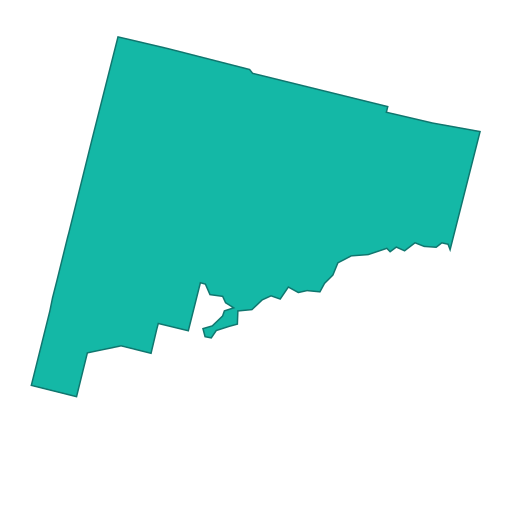 the district of Osceola, Florida, United States of America, rotated 284°
{"feature_id": "52423323B49272784755567", "entity_name": "Osceola", "entity_type": "district", "adm_level": 2, "iso_a3": "USA", "parent_name": "United States of America", "parent_adm1": "Florida", "projection": "robinson", "projection_center": [-81.287, 27.995], "detail": "fine", "context": "isolated", "style": "filled", "palette": "teal", "viewbox_px": 512, "rotation_deg": 284, "n_neighbors": 0, "source": "geoboundaries", "source_scale": "gbopen_adm2", "svg_char_len": 939}
<svg xmlns="http://www.w3.org/2000/svg" viewBox="0 0 512 512"><g transform="rotate(284 256 256)"><path d="M435.2,69.1L330.4,68.7L233.3,68.8L228.7,68.7L183.4,68.8L166.3,68.7L152.8,69.3L76.1,69.3L76.1,113.1L76.1,115.9L121.2,115.8L123.9,121.3L136.2,146.8L136.2,177.7L160.7,177.4L160.9,177.4L166.9,177.5L167.1,208.4L216.6,208.5L216.5,213.7L207.4,220.7L208.8,233.4L203.3,237.8L200.3,246.9L195.1,238.6L189.7,238.1L177.6,230.5L172.7,222.1L165.4,226.1L165.7,232.4L174.1,235.5L181.2,246.9L185.4,254.4L198.3,251.7L203.0,265.0L215.0,272.7L221.0,280.2L220.1,289.9L233.7,294.9L230.8,305.9L234.8,313.9L236.7,326.7L246.0,329.1L256.1,335.2L269.2,337.1L279.2,348.4L284.5,364.5L295.1,381.1L292.6,385.1L298.6,390.0L297.0,398.9L307.3,407.1L306.0,416.9L308.1,428.7L313.7,433.1L313.9,439.5L309.1,442.8L430.9,443.3L427.7,394.8L427.0,347.7L432.8,347.7L432.4,208.5L435.4,204.7L435.9,119.6L435.2,69.1Z" fill="#14b8a6" stroke="#0f766e" stroke-width="1.5"/></g></svg>